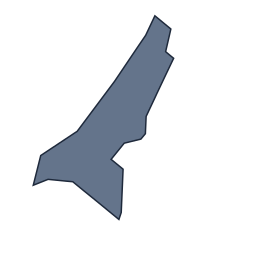 Ameland, Netherlands, rotated 309°
{"feature_id": "6326949B94267238588526", "entity_name": "Ameland", "entity_type": "district", "adm_level": 2, "iso_a3": "NLD", "parent_name": "Netherlands", "parent_adm1": "", "projection": "equal_earth", "projection_center": [5.771, 53.406], "detail": "fine", "context": "isolated", "style": "filled", "palette": "slate", "viewbox_px": 256, "rotation_deg": 309, "n_neighbors": 0, "source": "geoboundaries", "source_scale": "gbopen_adm2", "svg_char_len": 551}
<svg xmlns="http://www.w3.org/2000/svg" viewBox="0 0 256 256"><g transform="rotate(309 128 128)"><path d="M92.9,150.1L93.0,134.6L113.8,134.6L127.5,145.0L134.5,145.1L148.4,134.8L169.2,129.7L172.7,128.8L190.0,124.6L210.9,119.6L210.9,114.4L211.0,109.2L226.6,101.6L231.9,99.0L232.0,88.7L232.1,78.3L211.2,83.4L200.1,84.3L155.7,88.2L93.3,90.6L91.6,90.0L51.7,77.5L23.9,90.4L37.8,98.2L46.7,111.7L47.2,112.5L51.5,118.9L51.4,133.8L51.4,148.7L51.3,163.6L51.2,178.5L58.1,175.9L65.1,170.7L92.9,150.1Z" fill="#64748b" stroke="#1e293b" stroke-width="1.5"/></g></svg>